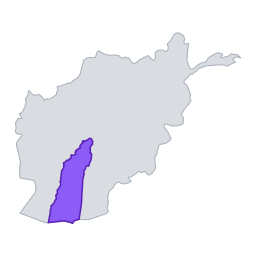 Hilmand on a map of Afghanistan (Equal Earth projection)
{"feature_id": "AFG-1750", "entity_name": "Hilmand", "entity_type": "Province", "adm_level": 1, "iso_a3": "AFG", "parent_name": "Afghanistan", "parent_adm1": "", "projection": "equal_earth", "projection_center": [64.341, 31.376], "detail": "fine", "context": "in_parent", "style": "filled", "palette": "violet", "viewbox_px": 256, "rotation_deg": 0, "n_neighbors": 0, "source": "natural_earth", "source_scale": "10m", "svg_char_len": 7445}
<svg xmlns="http://www.w3.org/2000/svg" viewBox="0 0 256 256"><path d="M109.6,55.4L115.2,54.9L118.9,55.6L120.9,57.7L122.8,58.2L124.7,57.2L125.9,57.0L126.4,57.7L127.3,57.9L128.8,57.8L129.6,58.4L129.8,59.6L130.9,61.2L132.9,63.1L134.6,63.5L136.8,62.1L137.6,62.2L137.9,61.8L138.1,60.7L139.5,59.7L141.9,58.7L143.3,57.9L143.8,57.2L144.7,57.0L145.6,57.2L146.2,56.9L146.7,56.0L147.6,55.7L148.3,55.8L151.8,59.3L153.2,60.3L153.8,60.1L155.4,58.2L155.6,56.5L155.1,54.3L155.4,52.5L156.5,51.2L158.5,50.3L161.6,50.0L163.4,50.2L164.1,50.9L165.1,51.3L166.2,51.4L167.3,50.6L168.2,48.9L168.2,46.8L167.3,44.3L167.5,43.6L169.0,42.3L170.6,40.5L172.1,38.1L173.5,35.2L175.3,33.4L177.5,32.7L180.2,33.5L183.4,35.7L184.7,38.5L184.0,41.8L184.0,43.7L184.7,44.0L188.2,43.4L188.7,43.8L188.7,44.8L188.2,46.2L187.7,50.1L186.9,59.9L188.6,65.7L189.7,68.0L190.8,68.8L191.9,69.0L192.9,68.8L195.1,67.3L198.3,64.6L201.4,62.9L206.0,61.9L207.5,59.0L209.6,57.0L214.4,54.1L217.0,53.0L218.5,52.8L222.3,53.9L222.5,54.8L222.3,55.7L221.3,56.5L221.0,57.1L221.4,57.6L222.9,57.7L229.3,55.7L230.6,54.0L232.0,53.9L234.8,54.7L236.9,54.4L238.0,55.2L240.6,57.8L239.9,57.9L238.7,57.4L238.0,56.5L235.5,57.6L232.6,59.3L232.7,59.7L235.4,62.1L230.1,64.6L227.7,66.1L227.2,66.2L223.5,64.8L213.3,65.2L205.6,66.0L202.7,67.3L199.9,68.0L198.5,68.7L197.6,70.1L193.4,73.1L192.6,74.2L190.3,74.1L187.9,77.1L184.4,80.7L183.7,82.3L184.3,83.2L186.2,84.5L187.1,85.7L188.6,89.1L189.2,91.5L190.1,92.6L190.6,95.5L189.8,97.1L189.8,98.0L191.1,100.2L190.8,100.8L189.9,101.9L188.6,104.7L186.1,106.7L185.1,108.6L183.4,110.6L182.7,112.4L181.9,113.3L181.1,113.8L181.4,114.7L182.1,115.9L183.3,117.2L183.3,122.4L182.7,123.9L179.6,125.3L176.5,125.9L172.7,126.0L171.3,125.8L166.0,123.8L164.4,124.8L164.1,127.1L167.1,130.8L168.4,132.9L169.9,136.4L170.9,138.2L170.6,139.9L165.3,143.6L161.8,144.0L159.7,144.7L158.6,145.6L157.9,149.6L157.2,151.0L157.2,152.7L156.5,154.7L155.5,156.0L154.7,158.0L155.5,168.6L152.5,172.8L150.7,174.3L149.1,175.0L147.7,174.8L145.9,172.4L144.7,171.4L143.4,171.6L142.2,172.5L140.2,172.2L138.5,171.3L137.7,171.4L137.2,172.3L135.4,174.1L131.0,176.9L129.2,177.1L128.4,177.8L128.7,178.9L129.5,179.8L130.9,180.5L131.0,181.2L128.8,182.7L126.5,183.6L123.8,183.9L121.1,183.4L119.6,182.2L118.0,182.1L116.4,183.0L114.9,184.4L112.7,188.2L109.6,190.5L108.8,192.8L107.8,197.0L108.2,203.2L107.8,205.9L107.1,207.7L107.3,209.1L108.4,210.7L107.9,211.8L107.0,213.0L106.2,213.6L88.7,219.6L85.9,219.7L84.4,219.5L79.4,219.5L77.4,219.9L75.3,220.7L73.8,221.7L72.6,223.2L70.5,222.4L64.0,220.9L46.3,222.8L44.6,222.5L20.0,213.1L35.4,192.2L35.8,190.5L35.9,187.0L35.0,182.5L33.5,180.4L20.1,178.0L19.6,174.5L19.9,172.9L19.6,169.9L19.7,167.5L20.3,163.7L20.4,161.9L16.4,144.8L16.4,143.1L18.9,139.2L22.1,135.4L22.0,134.6L20.4,134.2L18.0,134.2L16.7,133.6L15.7,132.5L15.4,131.0L16.1,128.3L15.5,122.9L18.0,118.5L21.9,118.2L20.0,115.0L19.6,114.6L19.4,114.1L19.6,113.5L20.6,113.3L23.0,111.2L23.1,110.0L25.1,107.0L25.0,105.6L26.3,102.0L25.6,99.6L25.5,98.3L26.9,97.5L27.9,94.1L28.4,93.3L28.5,92.4L28.2,91.1L29.5,90.9L30.7,92.6L32.5,94.4L33.8,95.0L35.3,95.2L38.7,94.6L39.5,94.7L43.0,97.9L43.7,98.8L43.9,100.0L44.5,100.4L45.8,99.2L47.0,98.7L49.3,99.1L50.5,98.7L56.3,94.7L56.8,92.1L57.3,90.7L58.1,89.9L57.2,86.9L57.5,86.4L58.3,86.1L60.2,86.1L69.0,82.9L71.3,82.9L71.8,82.7L72.0,81.8L72.6,80.8L76.8,78.5L79.2,76.1L80.0,74.3L83.9,59.8L86.0,58.5L88.1,57.6L95.4,57.4L96.7,52.9L97.3,51.9L98.6,50.8L104.0,54.0L109.6,55.4Z" fill="#d9dde1" stroke="#a8b0b8" stroke-width="1"/><path d="M79.1,219.3L78.7,219.3L74.3,220.8L73.8,221.2L73.4,221.7L72.8,223.1L72.4,223.3L70.5,222.4L67.5,221.7L64.0,220.9L61.5,221.2L60.7,221.3L59.9,221.3L59.1,221.4L58.4,221.5L57.6,221.6L56.8,221.7L56.0,221.8L55.2,221.9L54.4,222.0L53.6,222.0L52.8,222.1L52.0,222.2L51.2,222.3L50.4,222.4L49.6,222.5L48.8,222.6L48.4,222.6L50.3,212.1L50.4,211.1L50.3,210.1L50.3,209.9L50.4,209.7L50.8,209.1L50.9,208.8L51.0,208.5L51.1,207.0L51.1,205.9L51.1,205.7L51.3,205.4L51.6,205.3L51.8,205.3L51.9,205.2L52.4,204.9L53.1,204.1L53.6,203.4L54.3,202.2L54.7,201.3L54.9,200.7L55.1,200.2L55.3,199.9L56.1,199.2L56.4,198.9L56.5,198.7L56.4,198.3L56.4,198.1L56.1,197.7L55.9,197.3L55.9,197.0L56.3,196.3L56.3,196.2L56.1,195.9L55.9,195.8L55.8,195.6L55.8,195.4L55.9,195.2L56.1,195.1L56.6,194.2L56.8,194.0L57.0,193.9L57.3,193.7L57.4,193.4L57.4,193.2L57.3,192.2L57.3,190.7L57.2,190.0L57.4,189.7L58.1,189.4L58.3,189.2L58.6,188.9L58.7,188.7L58.9,188.3L59.5,186.8L59.7,186.6L59.8,186.5L60.2,186.3L60.5,185.9L60.5,185.6L60.5,185.4L60.6,183.5L60.6,183.2L60.5,182.9L60.3,182.6L60.1,181.8L60.1,181.5L60.5,181.0L60.6,180.6L60.7,178.3L61.6,171.4L61.9,170.2L62.6,169.6L62.7,169.4L63.0,169.0L63.6,167.6L63.7,167.3L63.7,167.1L63.6,166.6L63.6,166.4L63.9,166.0L64.1,165.7L64.2,165.4L63.9,165.2L63.9,164.9L63.9,164.7L63.7,164.4L63.7,164.2L63.6,163.7L63.5,163.0L63.9,162.6L65.2,162.0L65.5,161.8L65.6,161.6L66.5,160.5L66.7,160.4L66.8,160.4L67.3,160.3L67.6,160.3L68.1,160.4L68.3,160.4L68.4,160.2L68.5,159.9L68.6,159.7L69.7,158.7L69.9,158.6L70.1,158.7L70.2,158.8L70.3,158.7L70.5,158.5L70.6,158.3L70.8,158.1L71.0,157.9L71.3,157.8L71.4,157.7L71.4,157.3L71.4,157.1L71.3,156.9L71.2,156.8L71.1,156.6L71.0,156.4L71.0,155.9L71.0,155.5L71.1,155.3L71.1,155.2L71.3,155.1L71.5,155.0L71.6,155.3L71.8,155.4L73.1,155.1L73.9,155.1L74.1,155.0L74.6,154.7L75.3,154.3L75.6,154.0L75.7,153.9L75.7,153.7L75.8,153.2L75.4,152.8L75.2,152.7L75.2,152.3L75.3,152.0L75.6,151.6L76.2,151.1L76.4,150.9L76.5,150.8L76.5,150.7L76.4,150.6L76.5,150.6L76.5,150.4L76.8,150.0L77.0,149.7L77.2,149.4L77.4,149.2L77.5,149.1L78.0,149.0L80.1,148.1L80.3,147.8L80.3,147.7L80.2,147.6L79.7,147.4L79.7,147.2L79.8,147.0L79.9,146.7L80.1,146.4L80.2,146.2L80.0,145.9L80.1,145.6L80.3,145.4L80.6,145.0L80.7,144.8L80.9,144.6L81.0,144.4L82.5,143.2L82.2,143.0L82.2,142.8L82.2,142.5L82.2,142.3L82.3,142.2L82.8,141.7L82.7,141.4L82.6,141.2L83.3,140.8L83.5,140.8L83.6,141.0L83.6,141.5L83.8,141.7L84.0,141.7L84.3,141.6L84.5,141.5L85.0,140.8L85.2,140.6L85.3,140.6L85.6,140.7L85.7,140.8L86.0,140.8L86.4,140.6L86.8,140.2L88.3,139.4L88.5,139.1L88.8,138.8L89.5,138.4L89.9,138.3L90.5,138.4L90.8,138.8L91.1,138.9L91.6,139.0L91.7,139.3L91.6,139.5L92.1,140.5L92.4,140.9L92.6,141.1L92.7,141.4L92.7,141.7L92.7,141.9L92.7,142.0L92.6,142.5L92.6,142.9L92.6,143.0L92.5,143.4L92.5,143.5L92.5,143.8L92.5,144.1L92.2,144.0L91.7,144.6L91.5,144.8L91.6,145.0L91.6,145.3L91.2,145.8L90.9,146.2L89.9,148.1L89.9,148.3L90.0,148.4L90.1,148.5L90.3,148.7L90.3,148.8L90.4,149.0L90.2,150.1L90.2,150.4L90.2,150.5L90.3,150.7L90.3,150.9L90.1,152.0L89.8,152.7L89.9,152.8L90.0,152.8L90.3,153.0L90.7,153.0L90.8,153.0L90.9,153.3L91.0,153.4L91.3,153.5L91.6,154.7L91.7,155.1L91.7,155.4L91.7,155.5L91.5,155.8L91.3,156.1L91.2,156.3L91.2,156.5L91.3,156.6L91.4,157.0L91.4,157.4L91.4,157.7L91.4,157.9L91.3,158.2L91.3,158.3L91.1,158.7L91.0,159.2L90.8,160.4L90.5,161.5L90.4,161.7L90.1,161.9L89.7,162.3L89.6,162.6L89.6,162.8L89.5,163.3L89.4,163.4L89.4,163.6L89.3,163.8L89.2,163.9L89.1,164.0L89.3,164.2L89.3,164.3L89.2,164.5L89.1,164.8L88.9,165.8L88.7,166.0L88.4,166.1L88.1,166.1L87.8,166.0L87.6,165.8L87.4,165.7L87.2,165.7L86.9,165.8L86.6,166.0L86.4,166.2L86.2,166.3L86.0,166.5L85.9,166.8L85.8,167.1L85.8,167.9L85.6,168.6L85.5,168.8L85.3,169.1L84.6,169.9L84.5,170.1L84.2,170.3L84.1,170.5L83.7,172.5L83.8,172.8L83.9,173.0L84.0,173.1L84.2,173.3L84.1,173.6L83.8,175.4L83.8,175.6L83.5,176.2L83.1,178.3L82.8,179.5L82.6,182.8L82.6,183.6L81.9,194.2L81.6,201.1L81.2,205.3L79.1,219.2L79.1,219.3L79.1,219.3Z" fill="#8b5cf6" stroke="#5b21b6" stroke-width="1.5"/></svg>